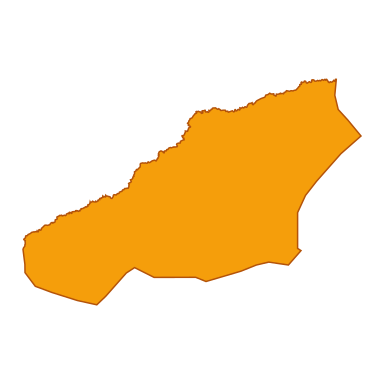 outline of Bayanxutag, Hentiy, Mongolia
{"feature_id": "93677404B3637848484019", "entity_name": "Bayanxutag", "entity_type": "district", "adm_level": 2, "iso_a3": "MNG", "parent_name": "Mongolia", "parent_adm1": "Hentiy", "projection": "mercator", "projection_center": [110.82, 47.205], "detail": "fine", "context": "isolated", "style": "filled", "palette": "amber", "viewbox_px": 384, "rotation_deg": 0, "n_neighbors": 0, "source": "geoboundaries", "source_scale": "gbopen_adm2", "svg_char_len": 5870}
<svg xmlns="http://www.w3.org/2000/svg" viewBox="0 0 384 384"><path d="M212.5,108.2L212.0,109.2L211.2,109.3L210.5,110.6L208.9,110.4L209.1,111.6L208.5,112.3L207.9,112.3L207.3,111.7L206.1,112.0L205.6,111.9L205.4,111.4L205.2,110.3L205.0,110.2L204.0,110.7L202.8,110.7L202.1,110.9L202.0,111.4L202.8,112.5L202.7,113.0L201.8,113.4L201.2,113.1L200.8,112.2L200.4,111.9L199.3,111.8L198.6,111.3L197.4,111.6L196.7,111.4L196.0,111.7L196.0,112.0L196.6,112.5L196.6,112.9L196.5,113.2L195.0,113.7L194.6,114.5L193.6,115.4L192.2,117.7L191.3,118.3L190.1,118.6L190.0,119.4L188.9,120.9L188.6,122.2L187.5,123.3L187.6,123.6L188.8,124.4L188.4,125.5L190.1,126.2L190.5,126.8L190.4,127.1L188.6,128.0L188.2,129.7L187.8,130.2L187.8,130.8L187.5,131.3L185.3,131.0L185.4,132.5L184.7,133.2L184.7,133.9L184.3,134.4L184.1,135.0L183.6,135.4L183.2,135.9L182.8,136.0L182.2,135.6L182.0,135.8L182.2,136.6L183.3,138.3L183.8,138.3L183.8,138.7L184.1,139.1L184.1,139.8L183.1,140.0L180.5,141.3L180.3,141.8L180.4,142.7L180.1,143.1L178.6,143.1L177.0,143.6L176.7,144.2L176.6,144.6L177.4,146.1L177.1,146.7L174.7,147.1L174.0,146.8L173.5,147.2L172.5,147.3L171.8,147.7L171.1,147.8L170.4,147.5L169.0,148.0L168.6,148.3L168.0,149.4L166.8,149.6L166.1,150.9L165.0,150.9L164.4,151.1L164.3,152.4L164.1,152.8L163.4,152.6L163.0,151.8L161.0,150.9L159.4,151.7L159.0,152.2L158.6,153.6L158.3,154.0L159.1,154.9L158.4,155.5L158.7,156.1L158.7,156.6L158.0,157.6L158.0,158.2L157.3,158.7L157.0,159.7L156.4,160.2L156.0,160.9L154.8,160.2L153.9,160.3L152.1,160.9L149.7,162.6L149.1,162.5L148.2,161.9L147.9,162.1L147.6,162.9L147.0,163.2L146.5,163.2L145.7,162.9L144.0,163.1L142.5,162.9L140.5,163.5L140.2,164.3L140.3,165.8L140.0,167.1L138.1,168.9L137.5,169.8L136.6,169.5L136.2,170.0L135.9,170.8L135.7,171.2L134.5,171.8L134.6,173.1L134.4,174.1L133.6,175.3L133.9,175.9L133.9,176.4L132.9,177.0L132.7,178.4L132.1,179.0L131.8,179.4L130.5,179.8L131.3,181.7L130.5,182.5L129.2,183.0L128.6,183.5L129.2,184.7L128.9,185.1L128.9,186.5L128.2,188.2L126.5,188.3L125.9,188.6L125.0,188.4L124.2,189.1L123.8,189.8L122.9,189.8L122.6,190.0L121.8,191.4L120.5,191.7L119.4,192.2L119.3,192.9L118.8,193.4L118.4,193.6L117.4,193.6L116.2,194.9L114.0,194.7L113.5,195.1L113.3,195.5L113.2,196.6L112.0,198.4L111.4,198.4L110.9,198.2L110.5,197.8L110.1,196.9L109.6,196.6L109.1,196.7L107.5,196.1L106.2,196.0L105.7,195.2L105.5,195.6L105.7,196.6L105.5,196.9L104.6,196.7L103.6,197.0L102.8,195.9L102.7,196.1L102.9,197.1L102.7,197.4L101.6,197.8L101.2,198.4L100.6,198.2L99.9,198.4L99.7,198.6L99.8,199.5L99.2,199.5L98.6,200.1L98.1,200.2L98.2,200.8L97.5,201.0L97.0,201.6L96.3,201.8L95.7,201.3L95.5,201.9L95.2,202.0L93.9,201.9L92.6,201.2L91.9,202.0L91.0,202.1L90.6,202.7L90.3,202.6L90.1,202.1L89.9,203.3L89.3,204.3L88.8,204.7L88.0,204.7L88.0,205.3L87.5,205.9L87.8,206.4L87.7,206.5L86.9,206.6L86.2,207.1L85.4,206.8L84.6,207.7L83.7,207.9L82.9,208.5L81.1,208.7L81.1,209.4L80.1,210.1L80.0,210.8L79.8,210.9L79.2,210.7L78.8,211.2L78.4,211.4L77.9,211.2L77.4,210.7L76.5,210.6L76.2,211.0L75.7,210.8L75.6,211.4L72.2,211.8L71.9,212.1L71.9,213.1L71.7,213.4L71.3,213.3L70.7,212.6L69.4,212.3L69.1,212.6L69.5,213.1L69.4,213.6L68.8,213.7L67.8,213.4L66.5,214.0L66.0,215.3L65.4,215.6L64.4,215.2L62.5,215.9L62.2,215.9L61.7,215.2L60.9,215.6L60.0,215.3L59.8,215.6L59.1,215.8L58.3,216.5L57.5,216.6L57.0,216.9L56.9,217.6L57.2,218.9L56.7,219.3L55.3,219.8L55.2,220.0L55.1,221.6L54.6,222.4L53.6,222.4L53.2,222.9L52.8,223.1L52.3,222.5L51.9,222.5L50.5,223.3L50.0,224.5L49.8,224.7L47.5,225.4L46.0,225.1L44.7,225.3L42.3,227.7L41.4,228.4L41.4,229.3L40.9,230.1L40.4,230.2L39.4,229.6L39.0,229.7L38.3,231.7L37.7,231.7L37.1,230.8L36.7,231.7L35.0,231.7L34.4,232.0L33.4,231.9L32.6,232.2L32.0,232.2L30.0,233.7L28.1,234.5L27.4,235.6L25.9,235.8L25.6,236.3L25.5,237.8L24.2,238.7L23.9,239.3L23.8,239.5L24.0,239.8L25.2,240.5L25.3,240.7L25.0,241.2L25.3,242.2L25.1,243.0L25.4,244.0L24.9,244.7L24.8,246.2L23.5,247.9L23.0,249.4L24.9,264.4L25.0,272.6L35.3,286.3L51.7,292.4L77.3,300.5L96.8,304.8L105.7,296.3L126.3,273.0L134.6,267.6L154.1,277.4L195.7,277.3L206.0,281.5L240.9,271.2L256.4,265.0L268.7,262.1L288.4,265.0L301.0,250.6L297.6,248.4L297.6,212.6L305.5,195.4L316.6,181.2L340.9,153.7L361.0,136.0L347.7,119.9L338.2,109.5L334.8,95.3L336.3,79.3L335.9,79.2L335.4,79.4L334.8,81.2L334.4,81.1L333.7,80.4L332.9,81.4L331.9,82.1L331.1,82.2L330.8,81.9L330.4,81.8L329.2,82.6L328.7,82.3L328.5,81.8L328.0,81.6L327.7,80.7L326.7,79.4L326.0,80.1L325.6,80.2L325.4,80.1L325.2,79.4L324.9,79.3L323.5,80.3L322.4,79.6L322.0,79.6L320.7,80.8L319.8,80.4L318.7,80.9L317.6,80.4L316.6,81.0L315.1,81.2L314.4,80.9L313.8,79.9L312.1,79.8L311.6,80.3L311.8,81.0L311.7,81.7L311.2,82.3L310.4,82.4L309.7,81.8L309.3,81.7L307.1,83.2L306.3,82.8L305.7,81.4L305.1,81.1L304.4,81.1L303.9,82.1L302.6,82.6L301.7,82.0L301.2,82.3L301.0,82.8L301.0,83.1L301.4,83.7L301.3,84.3L299.8,84.6L299.8,86.0L298.7,86.8L297.7,88.2L295.7,90.2L294.3,90.3L293.0,90.9L291.0,90.7L289.5,91.3L286.6,90.7L286.0,91.2L285.8,91.9L284.1,92.5L283.8,93.5L283.5,93.8L282.0,93.4L280.9,93.8L280.3,93.2L279.2,94.0L278.6,94.0L277.8,94.3L276.4,94.1L276.1,95.8L275.9,96.1L275.7,96.1L273.6,94.8L273.8,94.1L273.7,93.8L272.1,94.0L270.9,93.9L269.8,93.2L267.9,94.6L265.8,95.1L265.5,95.7L265.3,96.5L264.6,97.3L261.1,98.5L256.9,100.7L256.0,101.5L255.2,102.9L254.2,103.2L253.7,104.2L253.1,104.7L252.8,104.6L252.4,104.2L252.1,102.7L251.2,103.2L249.0,103.5L247.4,105.4L247.1,106.7L246.6,107.2L246.2,107.3L245.4,106.8L244.9,106.8L243.8,107.9L243.4,107.9L242.5,107.3L241.4,108.2L239.9,107.8L240.0,109.4L239.7,109.9L239.3,110.0L238.7,109.5L238.2,109.4L237.8,109.6L237.0,110.6L236.4,110.9L235.9,110.7L235.4,109.6L235.1,109.6L234.7,110.1L234.6,111.3L234.2,111.7L233.5,111.8L232.4,110.8L228.3,112.2L227.7,111.2L225.8,111.4L225.4,110.3L225.2,110.2L223.3,110.2L221.0,110.5L220.5,110.3L220.2,109.7L219.3,109.2L218.8,108.7L218.1,109.2L217.6,109.3L215.5,107.9L213.1,108.0L212.5,108.2Z" fill="#f59e0b" stroke="#b45309" stroke-width="1.5"/></svg>